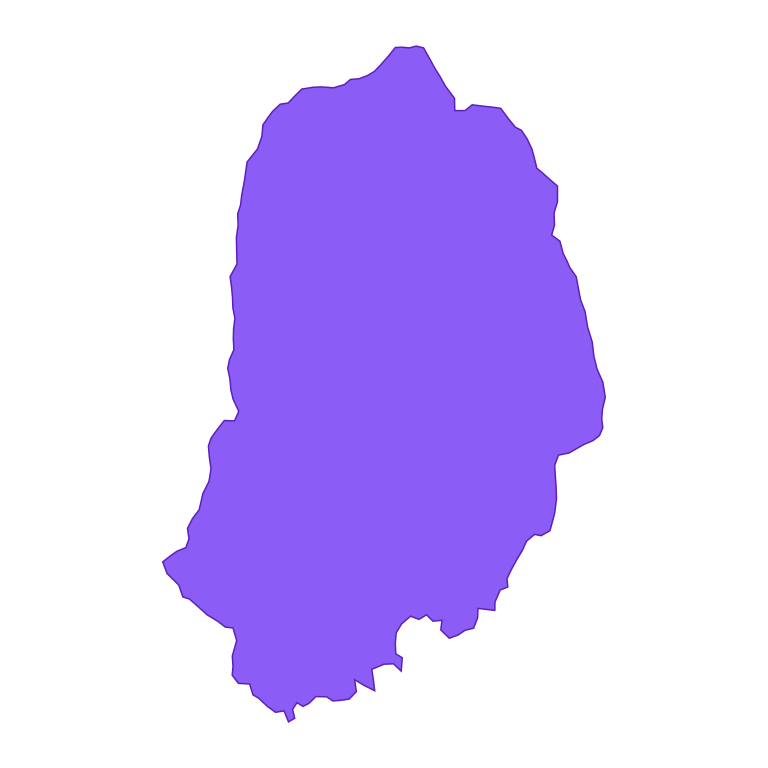 outline of Potirendaba, São Paulo, Brazil
{"feature_id": "56859067B31235444484955", "entity_name": "Potirendaba", "entity_type": "district", "adm_level": 2, "iso_a3": "BRA", "parent_name": "Brazil", "parent_adm1": "São Paulo", "projection": "equal_earth", "projection_center": [-49.395, -21.076], "detail": "fine", "context": "isolated", "style": "filled", "palette": "violet", "viewbox_px": 768, "rotation_deg": 0, "n_neighbors": 0, "source": "geoboundaries", "source_scale": "gbopen_adm2", "svg_char_len": 2342}
<svg xmlns="http://www.w3.org/2000/svg" viewBox="0 0 768 768"><path d="M267.6,118.0L262.9,124.9L261.9,136.3L257.5,149.0L247.1,162.0L244.5,180.2L241.7,195.3L240.5,205.3L237.7,213.7L238.1,225.5L236.4,237.1L236.6,248.3L237.0,264.0L230.1,276.7L231.6,287.7L232.5,297.3L232.9,307.9L234.9,318.4L233.6,328.5L233.3,338.5L233.9,349.6L229.5,359.6L227.7,368.3L229.9,378.8L230.9,389.9L233.2,399.5L238.8,411.3L234.5,420.9L224.3,420.5L216.5,430.5L211.0,438.2L208.4,446.0L209.4,457.6L211.0,468.8L209.0,481.3L202.9,493.6L199.2,509.7L192.4,518.7L187.5,528.4L189.0,538.9L185.9,547.6L177.0,551.2L170.5,555.8L162.7,561.9L167.1,573.6L178.8,585.1L182.9,597.0L189.4,599.0L197.5,606.1L207.1,614.8L217.6,621.2L225.4,627.1L233.0,628.0L236.7,640.5L232.3,656.0L233.0,666.5L232.2,675.2L238.4,683.4L249.6,684.0L253.0,694.8L258.6,698.2L267.4,706.4L275.5,712.3L284.1,710.9L288.5,721.9L294.7,718.2L292.6,709.4L297.0,702.7L303.1,706.4L309.2,703.2L315.8,696.6L326.6,696.8L332.8,700.9L340.0,700.4L349.2,699.1L356.4,691.6L354.6,679.7L364.6,685.7L374.7,690.7L373.4,679.9L371.8,669.3L384.0,664.2L393.5,663.8L401.2,671.1L402.3,657.8L395.8,653.8L395.3,643.7L396.2,632.8L401.6,623.9L410.5,616.2L419.0,619.4L426.5,614.8L433.0,621.2L441.9,620.3L440.8,630.0L449.3,638.2L458.2,635.0L465.0,630.3L473.6,628.2L477.6,618.0L478.0,608.4L487.2,609.5L494.8,610.4L495.0,602.0L500.2,590.0L507.8,587.0L507.0,578.6L511.4,569.5L516.8,559.6L522.4,550.3L526.5,541.2L534.6,534.4L541.1,535.7L550.0,530.7L554.7,513.2L556.5,498.6L556.1,486.7L555.3,475.4L554.7,465.3L558.5,455.1L569.0,453.0L583.6,444.6L593.2,440.5L599.5,435.5L602.8,427.7L601.7,418.6L602.5,409.1L605.3,397.2L602.8,382.0L597.1,369.2L593.9,356.3L592.3,342.3L587.5,326.6L585.1,311.6L580.6,300.0L576.2,276.7L569.9,267.7L566.7,260.4L563.2,253.5L559.9,241.2L551.7,235.1L554.5,225.1L554.1,212.8L557.5,201.8L557.5,186.1L548.0,177.9L542.8,173.2L536.8,168.2L534.3,157.7L531.9,149.0L527.2,139.0L521.4,130.3L515.3,127.2L508.5,118.8L500.7,108.3L491.8,107.1L481.8,106.0L472.2,104.8L465.0,110.6L454.8,110.6L454.5,98.3L445.6,86.4L440.2,76.8L434.7,68.0L430.0,59.3L423.6,47.9L416.3,46.1L409.2,47.9L402.1,47.2L395.3,47.5L388.0,56.6L379.9,65.7L374.4,71.4L367.6,75.5L359.1,78.7L350.5,79.4L344.4,84.6L333.5,87.8L321.5,86.9L312.8,87.3L301.7,89.1L293.9,96.9L288.2,103.0L280.2,104.2L272.5,111.5L267.6,118.0Z" fill="#8b5cf6" stroke="#5b21b6" stroke-width="1.5"/></svg>